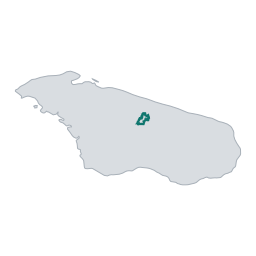 location of Antanifotsy, Vakinankaratra, Madagascar, rotated 270°
{"feature_id": "10022922B69082959012584", "entity_name": "Antanifotsy", "entity_type": "district", "adm_level": 2, "iso_a3": "MDG", "parent_name": "Madagascar", "parent_adm1": "Vakinankaratra", "projection": "orthographic", "projection_center": [47.552, -19.75], "detail": "fine", "context": "in_parent", "style": "outline", "palette": "teal", "viewbox_px": 256, "rotation_deg": 270, "n_neighbors": 0, "source": "geoboundaries", "source_scale": "gbopen_adm2", "svg_char_len": 5826}
<svg xmlns="http://www.w3.org/2000/svg" viewBox="0 0 256 256"><g transform="rotate(270 128 128)"><path d="M170.0,21.3L170.8,23.0L171.6,24.7L174.3,28.8L175.5,30.3L176.5,32.0L176.9,35.3L178.6,40.4L180.1,48.1L180.5,56.0L181.0,59.7L182.2,63.1L184.2,66.7L184.8,70.6L183.5,74.7L181.7,78.5L181.2,79.2L180.3,80.2L179.9,80.1L178.5,79.1L177.3,77.5L175.8,73.6L175.3,71.7L174.7,71.4L172.9,71.5L171.6,72.7L171.4,73.5L171.6,75.6L172.1,77.6L172.3,79.5L172.3,82.0L172.8,82.7L173.5,83.4L174.2,85.0L174.3,88.9L173.8,90.8L172.5,92.4L172.6,93.4L173.1,94.3L172.6,94.9L171.0,95.6L170.3,96.2L169.4,97.9L167.9,101.4L167.7,103.1L168.5,108.6L168.2,112.4L166.3,119.7L165.3,123.1L163.7,127.3L161.4,132.7L159.1,139.6L157.2,146.7L155.7,150.9L154.1,155.1L151.9,162.5L150.0,170.0L147.3,178.2L143.5,187.4L143.1,188.6L142.3,193.3L141.5,197.4L140.5,201.4L138.4,208.1L138.1,210.2L137.7,212.1L135.7,216.3L134.9,217.9L134.3,219.5L133.9,221.6L133.3,223.6L131.9,227.4L129.7,230.6L128.3,231.7L125.1,233.4L123.5,233.8L119.9,233.8L116.5,234.8L112.9,236.7L109.5,238.9L108.2,239.9L106.7,240.5L102.2,240.6L100.8,240.2L96.2,236.8L94.4,236.3L91.0,235.8L90.0,235.6L89.1,235.1L87.7,233.3L85.0,231.8L84.3,231.4L83.9,230.3L83.5,229.2L82.8,227.9L82.2,225.5L81.3,223.8L78.7,220.9L78.4,219.9L78.1,216.7L78.2,214.6L77.8,210.6L78.0,208.7L78.9,207.0L78.5,205.2L77.5,203.3L77.1,201.4L76.3,199.6L73.6,196.4L72.9,194.8L72.5,193.2L71.3,188.1L71.2,186.3L71.2,182.5L71.5,180.5L72.1,179.1L72.3,178.1L72.6,177.2L73.3,176.5L73.7,175.7L74.5,170.8L75.8,169.7L77.6,169.0L79.1,167.7L79.9,166.0L80.7,162.5L83.0,158.9L83.8,157.0L85.7,154.2L87.3,150.3L87.8,148.4L88.1,146.5L88.5,142.4L88.8,140.3L88.6,138.3L87.6,136.2L85.2,132.4L85.1,131.7L85.3,128.9L85.0,126.8L84.1,124.8L83.0,122.9L81.8,119.3L81.2,113.4L81.3,111.2L80.9,109.3L80.1,107.5L80.6,104.3L87.4,92.7L87.7,91.3L87.3,87.8L87.4,85.8L87.7,85.0L88.2,84.6L89.4,84.3L95.1,83.7L95.9,83.4L97.3,82.4L99.2,80.5L100.1,79.9L100.9,80.1L101.4,80.9L102.1,81.3L104.4,80.4L105.3,80.4L106.2,80.5L106.6,79.8L106.8,78.7L107.2,78.0L107.8,77.5L110.8,77.3L112.7,77.0L115.1,76.2L115.7,76.3L117.7,79.0L118.3,79.2L119.0,79.3L119.7,78.8L118.1,77.4L117.9,76.7L117.9,75.8L118.8,73.9L120.2,72.4L123.4,70.2L126.8,67.6L127.7,67.5L128.6,67.9L129.2,70.9L129.1,71.4L129.7,71.4L130.3,71.0L130.8,69.8L130.9,68.8L130.4,67.9L130.2,67.1L130.2,66.3L131.9,64.5L133.2,62.8L133.8,60.8L134.4,59.9L135.8,58.9L136.2,59.0L136.5,59.9L136.7,60.8L136.3,61.7L135.8,62.5L135.6,63.7L136.4,64.0L137.1,63.7L138.2,61.5L139.5,59.5L140.2,58.5L141.2,57.7L142.7,57.9L144.3,58.3L141.8,56.2L141.2,53.3L144.1,48.3L144.2,47.2L144.6,46.9L144.8,46.5L143.3,44.8L143.0,43.9L143.2,42.7L143.9,41.5L144.6,40.7L145.5,40.4L146.3,40.9L147.9,42.3L149.0,42.5L150.4,41.2L151.5,39.5L153.1,38.3L155.0,37.6L157.9,35.0L159.7,29.5L159.9,27.9L159.5,26.0L158.8,24.1L157.8,21.8L158.0,21.3L159.6,21.6L160.1,21.3L161.8,19.3L164.7,15.4L165.6,15.4L166.4,16.1L166.7,17.2L167.2,18.0L169.1,19.9L170.0,21.3ZM150.5,36.6L150.5,37.2L148.3,36.9L148.0,34.8L149.0,34.8L149.3,33.9L149.9,33.8L150.6,35.7L150.5,36.6ZM175.7,95.8L173.9,98.9L174.4,96.3L176.6,92.7L177.2,92.4L175.7,95.8Z" fill="#d9dde1" stroke="#a8b0b8" stroke-width="1"/><path d="M132.4,137.4L132.3,137.5L132.2,137.7L132.0,137.8L131.9,137.8L131.7,137.9L131.6,138.0L131.6,138.3L131.9,138.5L131.9,138.9L132.0,138.9L132.1,139.0L132.2,139.3L132.1,139.5L132.1,139.9L132.0,140.0L132.0,140.3L132.0,140.5L132.1,140.9L131.9,140.9L131.9,141.1L131.9,141.4L132.0,141.5L131.9,141.8L131.9,142.0L132.0,142.2L131.9,142.3L131.9,142.5L131.9,142.8L131.8,143.0L131.8,143.4L131.8,143.6L132.1,143.7L132.3,143.8L132.5,143.8L132.8,143.9L133.0,143.7L133.4,143.8L133.5,143.7L134.1,143.8L134.3,143.7L134.3,143.8L134.5,143.7L134.7,143.8L134.8,143.9L135.0,144.1L135.3,144.4L135.3,144.5L135.3,144.9L135.5,144.9L135.5,145.1L135.6,145.3L135.8,145.5L136.0,145.5L135.9,145.6L135.8,145.9L135.9,146.0L136.0,146.1L136.3,146.1L136.4,146.3L136.5,146.3L136.4,146.4L136.3,146.5L136.5,146.7L136.6,146.8L136.4,147.0L136.2,147.0L136.0,147.3L136.3,147.4L136.2,147.5L136.3,147.7L136.2,147.8L136.1,148.0L136.3,148.0L136.5,148.1L136.8,148.1L136.7,148.3L136.8,148.3L136.8,148.5L137.0,148.6L137.0,148.4L137.3,148.3L137.5,148.3L137.5,148.2L138.1,148.6L138.4,148.6L138.5,148.7L138.6,149.0L138.8,149.0L139.0,148.8L139.3,148.7L139.5,148.5L139.9,148.5L140.0,148.4L140.0,148.2L140.3,148.2L140.5,148.3L140.8,148.2L140.7,148.1L140.8,148.1L140.9,147.9L140.8,147.7L140.7,147.6L140.5,147.4L140.4,147.3L140.4,147.2L140.3,146.9L140.3,147.0L140.2,146.9L140.1,146.7L139.9,146.6L140.0,146.5L139.9,146.5L139.9,146.4L140.3,146.3L140.6,146.2L140.9,145.8L140.9,145.7L141.0,145.5L141.0,145.4L140.9,145.2L141.1,145.1L141.3,144.7L141.5,144.6L141.8,144.8L142.0,144.9L142.2,145.0L142.3,145.2L142.5,145.2L142.6,145.3L142.8,145.3L142.9,145.2L142.9,144.9L142.9,144.7L142.7,144.5L142.7,144.4L142.4,144.3L142.5,144.2L142.5,143.8L142.5,143.5L142.8,143.4L142.9,143.2L142.7,143.0L142.5,142.9L142.2,142.8L142.1,142.7L141.9,142.7L141.7,142.8L141.5,142.7L141.4,142.6L141.4,142.4L141.2,142.5L140.9,142.5L140.7,142.6L140.4,142.4L140.3,142.1L140.2,142.2L140.1,142.3L140.0,142.2L140.0,142.3L139.9,142.4L139.7,142.4L139.3,142.2L139.1,142.3L138.9,142.3L138.6,142.3L138.2,142.2L138.0,141.8L137.8,141.8L137.7,141.8L137.4,141.7L137.4,141.4L137.6,141.3L137.8,141.1L138.0,140.9L138.2,140.7L138.3,140.7L138.2,140.5L138.2,140.4L138.0,140.1L138.0,139.9L137.9,139.9L137.7,139.8L137.7,139.7L137.4,139.6L137.3,139.3L137.2,139.3L136.8,139.3L136.7,139.4L136.6,139.2L136.4,139.2L136.3,139.3L136.2,139.3L136.0,139.2L136.0,138.9L135.9,138.9L135.9,139.0L135.7,139.1L135.5,138.9L135.6,138.7L135.4,138.3L135.2,138.1L135.3,138.1L135.1,138.1L134.9,138.1L134.7,138.1L134.4,137.9L134.3,138.0L134.3,137.9L134.2,137.9L134.0,137.7L133.9,137.6L133.6,137.4L133.3,137.4L133.1,137.4L132.9,137.4L132.8,137.5L132.7,137.4L132.7,137.5L132.4,137.4Z" fill="none" stroke="#0f766e" stroke-width="2"/></g></svg>